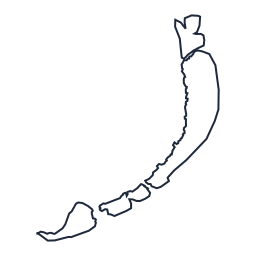 the district of Nukuoro, Federated States of Micronesia
{"feature_id": "79324940B42418796879204", "entity_name": "Nukuoro", "entity_type": "district", "adm_level": 2, "iso_a3": "FSM", "parent_name": "Federated States of Micronesia", "parent_adm1": "", "projection": "orthographic", "projection_center": [154.968, 3.838], "detail": "fine", "context": "isolated", "style": "outline", "palette": "slate", "viewbox_px": 256, "rotation_deg": 0, "n_neighbors": 0, "source": "geoboundaries", "source_scale": "gbopen_adm2", "svg_char_len": 2476}
<svg xmlns="http://www.w3.org/2000/svg" viewBox="0 0 256 256"><path d="M215.4,65.2L209.3,54.0L202.3,51.4L198.2,50.5L195.6,51.0L193.8,52.2L193.4,53.8L191.2,56.4L190.0,56.4L189.1,57.2L189.1,58.5L187.5,58.8L186.7,60.2L183.9,60.4L182.3,63.5L181.6,64.3L182.1,68.3L182.8,69.0L181.9,71.4L184.1,74.3L185.2,76.9L184.2,77.5L183.7,79.5L183.9,83.3L185.9,86.7L186.8,86.9L186.7,88.0L185.8,89.1L185.9,92.9L187.4,93.2L186.0,97.2L186.0,98.3L187.7,98.7L187.3,101.0L186.0,101.7L185.7,103.2L186.2,104.6L185.4,105.6L185.0,107.4L186.2,114.1L186.1,115.8L184.7,116.7L184.8,118.7L186.0,119.2L185.9,120.8L186.0,126.0L184.0,128.0L183.7,129.8L184.6,131.1L184.5,133.2L183.3,133.6L182.8,134.6L183.2,135.2L181.7,138.2L181.0,138.4L180.5,139.2L180.5,140.0L178.3,141.3L178.2,143.2L176.6,144.0L174.5,142.4L173.0,145.2L174.7,147.1L172.5,150.8L171.7,154.6L170.6,154.5L170.0,155.9L167.7,157.5L166.2,159.5L166.8,160.6L165.6,161.5L164.4,163.6L161.5,164.7L159.0,164.0L156.9,166.1L158.1,168.0L156.7,169.7L153.1,172.4L152.8,175.1L149.2,178.8L145.2,180.7L146.2,182.4L148.2,183.9L150.6,184.1L151.7,186.3L156.8,188.2L160.7,186.9L168.9,181.1L167.6,177.7L174.2,170.4L186.3,160.1L206.5,138.9L214.8,120.9L218.4,109.5L218.7,89.8L215.4,65.2ZM71.1,237.1L88.9,230.7L94.9,226.3L95.9,222.8L95.2,221.6L95.9,219.6L94.9,218.7L93.0,218.4L92.0,214.3L91.7,212.1L92.8,210.8L92.0,209.2L88.0,206.0L82.4,203.0L78.2,202.5L76.0,203.7L71.7,211.4L69.2,213.5L65.3,224.3L62.6,228.3L55.0,233.7L54.1,233.9L51.0,232.8L48.1,233.3L47.2,233.8L43.9,232.3L40.6,231.7L38.9,232.8L37.4,233.0L37.3,233.6L38.6,233.8L47.8,240.6L54.9,240.4L68.5,236.9L71.1,237.1ZM180.8,22.5L175.3,19.8L175.1,26.7L179.8,38.6L181.3,53.7L181.8,57.6L183.8,58.7L185.7,57.2L188.0,54.6L191.1,52.5L193.7,50.4L195.7,49.5L197.0,48.6L203.7,45.5L204.3,40.0L203.4,35.3L200.8,33.9L196.1,34.0L194.5,33.6L197.0,32.1L199.5,25.6L200.1,16.7L198.2,15.8L191.6,15.4L184.8,18.2L184.6,22.5L185.6,28.7L180.8,22.5ZM144.7,185.8L141.9,184.3L141.1,184.1L137.1,188.3L132.5,191.6L130.3,191.1L127.4,192.0L127.2,193.3L127.7,194.1L126.7,195.9L126.0,193.3L125.0,192.8L123.1,193.8L123.0,194.7L121.3,196.0L120.0,198.1L105.2,203.8L103.4,203.4L99.9,205.6L99.4,206.8L99.8,207.4L100.3,207.6L100.4,208.6L99.8,208.9L100.2,210.1L101.9,211.1L105.1,209.2L107.2,209.5L108.3,214.2L110.5,214.3L114.4,216.0L126.4,210.9L131.1,208.2L131.1,203.5L129.3,199.3L132.8,199.4L136.4,200.9L140.0,201.0L145.3,198.7L149.2,196.1L150.1,192.9L147.2,188.9L147.8,188.4L144.4,186.3L144.7,185.8Z" fill="none" stroke="#1e293b" stroke-width="2"/></svg>